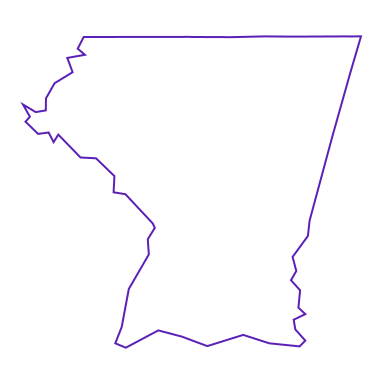 the district of Carroll, Maryland, United States of America
{"feature_id": "52423323B73545009733824", "entity_name": "Carroll", "entity_type": "district", "adm_level": 2, "iso_a3": "USA", "parent_name": "United States of America", "parent_adm1": "Maryland", "projection": "mercator", "projection_center": [-77.055, 39.535], "detail": "fine", "context": "isolated", "style": "outline", "palette": "violet", "viewbox_px": 384, "rotation_deg": 0, "n_neighbors": 0, "source": "geoboundaries", "source_scale": "gbopen_adm2", "svg_char_len": 841}
<svg xmlns="http://www.w3.org/2000/svg" viewBox="0 0 384 384"><path d="M361.0,36.3L360.8,36.3L348.4,36.5L346.6,36.4L300.3,36.6L294.4,36.6L289.6,36.6L264.5,36.4L229.4,37.2L224.1,37.1L193.2,37.0L186.0,36.8L185.6,36.9L83.8,37.0L83.7,37.0L77.7,48.7L84.9,54.8L67.3,57.9L72.6,72.2L54.6,83.2L46.0,98.3L45.8,110.4L35.7,112.1L23.0,104.5L29.9,116.7L25.5,121.7L38.1,133.9L48.6,132.5L53.6,142.1L58.3,134.6L80.5,157.5L96.0,158.3L114.4,176.1L113.6,192.3L125.4,194.2L152.8,223.5L154.8,227.9L147.8,239.2L148.8,254.5L128.8,289.0L121.7,327.0L115.3,343.3L125.8,347.7L158.3,330.4L181.8,336.6L207.3,346.1L243.2,334.9L269.3,343.3L299.6,346.4L305.3,340.6L295.3,329.4L293.7,319.7L305.3,314.1L298.4,307.7L300.1,290.3L291.0,280.2L296.3,271.0L292.6,256.9L307.9,236.0L309.6,220.6L332.5,135.9L349.9,74.2L361.0,36.3Z" fill="none" stroke="#5b21b6" stroke-width="2"/></svg>